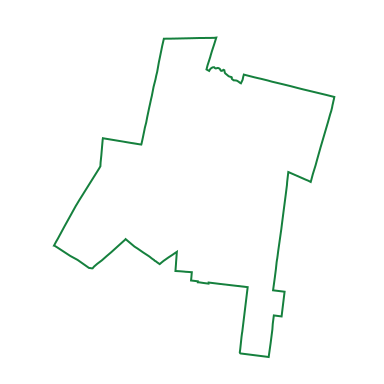 Afumati, Dolj, Romania (Mercator projection), rotated 186°
{"feature_id": "2599482B89919086684151", "entity_name": "Afumati", "entity_type": "district", "adm_level": 2, "iso_a3": "ROU", "parent_name": "Romania", "parent_adm1": "Dolj", "projection": "mercator", "projection_center": [23.444, 44.0], "detail": "fine", "context": "isolated", "style": "outline", "palette": "green", "viewbox_px": 384, "rotation_deg": 186, "n_neighbors": 0, "source": "geoboundaries", "source_scale": "gbopen_adm2", "svg_char_len": 3246}
<svg xmlns="http://www.w3.org/2000/svg" viewBox="0 0 384 384"><g transform="rotate(186 192 192)"><path d="M236.0,341.5L236.9,334.2L237.3,329.9L238.2,320.6L238.5,317.8L239.2,307.7L239.7,304.2L240.1,300.1L241.2,292.6L242.0,283.3L242.4,280.2L243.0,274.7L243.4,271.2L244.4,261.4L244.8,256.4L245.6,251.0L245.8,248.7L246.5,241.5L246.9,237.8L247.2,235.3L247.2,235.1L247.4,233.9L248.0,233.9L257.4,234.4L273.6,235.4L285.4,236.1L286.2,236.2L286.3,234.9L286.2,228.9L286.0,218.7L286.0,215.2L286.0,213.6L286.0,211.8L285.8,208.0L285.9,207.8L286.8,205.7L298.8,181.2L300.3,178.1L303.1,172.4L306.2,165.8L310.5,155.6L315.3,144.3L320.6,131.4L322.0,128.3L323.6,124.3L323.4,124.3L320.8,123.1L306.4,115.7L298.7,112.5L286.5,105.7L285.1,105.7L283.8,105.6L282.9,105.7L281.6,107.6L278.7,110.7L274.5,114.6L270.1,119.4L266.0,123.7L258.2,132.4L253.4,137.7L253.1,138.2L243.8,131.9L243.5,131.7L241.5,130.7L240.1,130.0L234.3,126.8L229.0,124.1L227.5,123.3L225.8,122.2L225.2,121.8L224.5,121.4L223.6,120.9L222.8,120.5L222.6,120.4L222.4,120.1L222.0,119.8L221.6,119.6L221.2,119.5L220.9,119.4L219.5,118.5L216.6,116.9L216.5,117.0L214.9,118.7L213.0,120.6L211.6,121.8L209.9,123.3L208.4,124.6L206.3,126.3L204.7,127.6L203.1,129.0L202.4,129.6L200.8,130.9L200.8,129.8L200.7,127.0L200.6,124.0L200.5,120.6L200.4,118.5L200.3,114.9L200.2,111.7L196.1,111.9L192.1,112.0L189.8,112.0L187.6,112.1L183.8,112.2L183.8,111.9L183.7,106.9L183.7,103.9L176.9,103.8L176.9,103.3L176.8,102.8L175.2,102.9L170.6,102.7L166.0,102.6L166.0,103.7L154.9,103.5L126.7,103.2L126.7,102.1L127.4,58.1L127.5,57.1L127.6,53.2L127.6,45.7L127.6,40.7L127.7,38.0L127.7,37.4L127.5,37.1L127.3,36.8L127.1,36.6L126.8,36.5L126.4,36.5L111.7,36.2L101.6,36.0L98.5,35.9L98.0,50.0L97.7,63.9L97.9,69.4L97.7,77.8L89.9,77.6L89.5,102.5L101.1,102.7L100.7,115.3L100.5,123.9L100.5,131.1L100.4,133.5L100.3,134.6L100.2,137.5L100.1,142.4L99.3,164.4L99.2,169.9L98.9,183.1L98.5,199.1L98.3,208.8L98.4,211.6L98.4,213.5L98.3,221.9L96.0,221.2L81.0,216.4L79.0,215.8L77.6,215.4L75.0,214.4L74.7,216.0L73.7,222.4L71.9,231.4L71.0,237.0L68.8,249.9L64.1,275.5L62.7,283.8L62.0,287.1L61.5,290.8L61.4,292.4L61.3,293.4L61.1,294.9L61.0,295.9L60.8,297.7L60.6,299.0L60.5,300.3L60.4,301.4L61.9,301.6L68.8,302.6L71.1,302.9L74.9,303.4L84.7,304.7L92.4,305.7L97.3,306.4L105.1,307.6L112.5,308.6L124.1,310.1L128.1,310.8L135.3,311.8L137.2,312.0L142.0,312.6L152.2,314.1L152.7,314.2L153.1,311.9L153.4,308.9L154.7,305.2L155.3,305.4L155.5,305.6L155.8,305.7L155.9,305.8L156.1,305.9L156.5,306.1L156.8,306.3L157.5,306.7L158.7,307.3L159.7,307.5L160.7,307.5L161.4,307.5L162.2,307.4L163.0,307.9L164.0,308.5L164.4,309.1L164.4,309.7L164.4,310.1L164.7,310.4L165.3,310.5L166.7,310.7L167.7,311.0L168.7,311.7L169.0,311.9L171.4,313.5L171.9,314.3L172.6,316.5L173.5,316.8L174.9,315.6L175.8,315.6L176.2,315.9L176.4,316.3L176.8,316.7L177.0,317.1L177.6,317.6L178.4,317.9L179.2,318.1L180.1,317.8L180.6,317.6L181.1,317.4L181.5,317.4L182.1,317.6L182.5,318.0L182.9,318.2L183.1,318.4L184.1,318.2L184.7,318.0L185.6,317.3L186.4,316.6L187.0,315.6L187.6,314.2L189.2,314.9L190.4,315.4L190.2,316.7L189.8,319.5L188.9,323.7L188.0,328.0L187.7,329.9L186.9,334.2L185.4,341.1L184.0,348.1L186.1,347.6L193.8,346.7L200.2,346.0L209.3,344.8L227.4,342.5L236.0,341.5Z" fill="none" stroke="#15803d" stroke-width="2"/></g></svg>